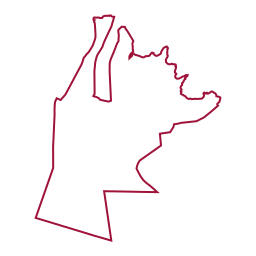 Anoamaa East, Atua, Samoa
{"feature_id": "51752279B65855420318415", "entity_name": "Anoamaa East", "entity_type": "district", "adm_level": 2, "iso_a3": "WSM", "parent_name": "Samoa", "parent_adm1": "Atua", "projection": "albers", "projection_center": [-171.579, -13.925], "detail": "fine", "context": "isolated", "style": "outline", "palette": "rose", "viewbox_px": 256, "rotation_deg": 0, "n_neighbors": 0, "source": "geoboundaries", "source_scale": "gbopen_adm2", "svg_char_len": 3313}
<svg xmlns="http://www.w3.org/2000/svg" viewBox="0 0 256 256"><path d="M111.3,240.6L104.1,191.2L122.2,191.5L142.3,191.9L153.9,192.1L157.2,192.1L153.7,188.9L149.9,185.6L146.4,183.0L143.5,180.3L141.0,177.0L138.5,172.5L136.5,168.5L137.1,165.9L138.2,163.0L139.9,160.4L145.0,156.8L161.0,145.5L159.9,133.7L170.2,132.2L173.5,126.9L174.0,124.3L177.8,123.7L181.4,122.8L183.5,122.6L196.5,121.2L204.0,117.4L212.0,110.9L218.0,105.6L217.2,104.3L217.4,103.7L218.5,102.7L219.5,101.7L219.8,100.5L220.3,98.8L220.1,98.0L220.3,97.5L219.5,97.0L218.8,96.7L217.5,96.7L216.8,96.1L216.4,96.1L216.4,95.4L216.0,94.4L215.3,93.4L214.2,92.7L213.7,92.6L212.5,91.6L211.4,91.5L209.6,92.8L208.2,93.6L207.4,93.6L207.3,93.2L206.7,93.6L206.2,93.4L206.1,93.0L205.4,93.4L204.8,92.8L204.3,92.6L203.7,92.9L203.5,93.5L203.7,94.5L204.0,95.2L203.9,96.2L203.6,96.9L202.0,98.5L200.5,98.8L198.8,98.8L197.6,99.0L195.1,98.7L194.7,99.0L193.7,98.9L191.6,99.2L190.5,98.6L190.1,98.6L189.1,99.0L188.4,98.9L187.1,98.2L186.5,97.7L185.2,96.2L183.9,95.6L183.4,95.0L182.6,94.8L181.1,94.1L180.8,93.2L181.4,92.1L181.1,92.0L180.7,91.0L181.6,89.7L181.5,89.3L180.8,88.8L180.5,87.4L181.2,85.9L182.0,85.1L182.2,84.6L182.0,83.8L182.0,83.2L182.7,82.8L183.8,81.0L183.8,80.5L184.5,79.6L185.4,78.9L185.0,78.3L185.3,77.6L185.9,77.3L187.0,76.0L187.3,76.0L187.7,75.2L186.3,75.0L185.7,75.4L185.4,75.3L184.2,76.3L182.8,76.4L181.6,77.3L178.5,78.7L176.9,78.7L175.8,78.0L175.2,76.9L175.4,75.2L176.2,74.2L175.8,74.0L175.8,73.2L174.9,72.4L174.9,71.1L175.5,69.5L176.1,67.1L176.0,66.3L175.4,66.1L175.8,65.0L175.7,64.6L174.9,64.3L172.9,64.1L172.5,64.2L171.9,63.7L170.8,64.1L169.2,64.3L168.1,64.0L167.0,63.2L165.9,61.9L165.9,59.5L167.6,56.6L167.7,55.4L167.4,55.2L167.3,54.4L167.3,53.1L167.2,52.7L167.4,50.8L167.3,49.8L168.0,48.2L167.6,47.5L167.2,47.6L166.7,46.5L164.5,47.4L163.4,48.2L161.8,50.7L161.1,52.2L160.8,53.6L160.5,53.9L157.9,55.5L156.3,55.9L155.1,55.4L153.1,53.5L153.4,53.1L152.3,52.6L151.6,52.8L151.5,53.2L150.7,53.9L149.5,55.7L147.8,56.1L146.5,56.1L145.6,56.2L145.0,56.7L143.8,57.3L142.8,57.4L141.7,57.0L139.7,56.1L136.8,55.2L135.6,55.0L134.4,54.4L133.8,53.6L132.6,53.6L131.9,54.0L132.1,54.6L132.0,55.8L129.4,58.3L129.4,56.4L130.6,54.0L131.2,53.4L133.1,51.5L133.2,50.7L132.7,49.0L132.8,47.6L132.4,43.4L132.7,42.6L133.1,41.8L133.3,40.9L131.3,37.5L127.2,30.8L125.4,28.5L124.9,26.9L122.4,26.9L121.7,26.7L119.5,28.8L118.8,29.5L118.2,30.5L118.8,35.3L118.6,38.1L118.5,41.1L116.9,43.8L115.3,48.2L112.9,54.1L110.6,59.6L109.7,63.2L109.6,71.2L111.0,100.7L108.6,101.6L104.6,100.8L100.0,99.7L99.2,98.6L98.5,98.1L96.6,97.1L95.4,96.6L94.5,96.6L93.4,96.1L94.2,94.5L94.6,93.8L94.4,71.1L95.3,62.0L96.7,56.6L97.8,54.2L99.7,51.3L102.4,46.9L103.9,42.4L106.4,37.0L109.2,31.0L111.5,26.3L112.5,22.6L113.3,19.9L114.2,16.8L112.0,16.6L111.3,16.1L110.8,15.4L110.0,15.4L109.4,15.9L108.1,15.6L107.3,15.9L105.3,15.8L104.9,15.8L103.0,16.5L102.1,18.0L100.3,18.0L99.5,17.9L99.1,17.6L97.1,17.5L96.3,17.7L95.4,17.5L94.6,17.7L94.2,17.5L93.6,18.1L93.5,19.4L94.4,19.9L93.8,20.3L94.2,20.8L94.2,22.2L94.6,22.3L95.0,25.8L95.5,34.2L95.4,37.8L94.4,41.0L92.7,45.6L91.0,48.5L88.7,52.1L86.9,53.9L84.5,57.0L83.8,57.6L82.4,62.2L81.5,64.5L69.2,87.5L65.3,94.7L60.6,100.0L56.7,98.3L55.0,102.1L54.7,105.3L54.5,110.7L54.6,114.2L53.1,147.2L53.2,167.9L35.7,217.9L94.3,235.7L111.3,240.6Z" fill="none" stroke="#9f1239" stroke-width="2"/></svg>